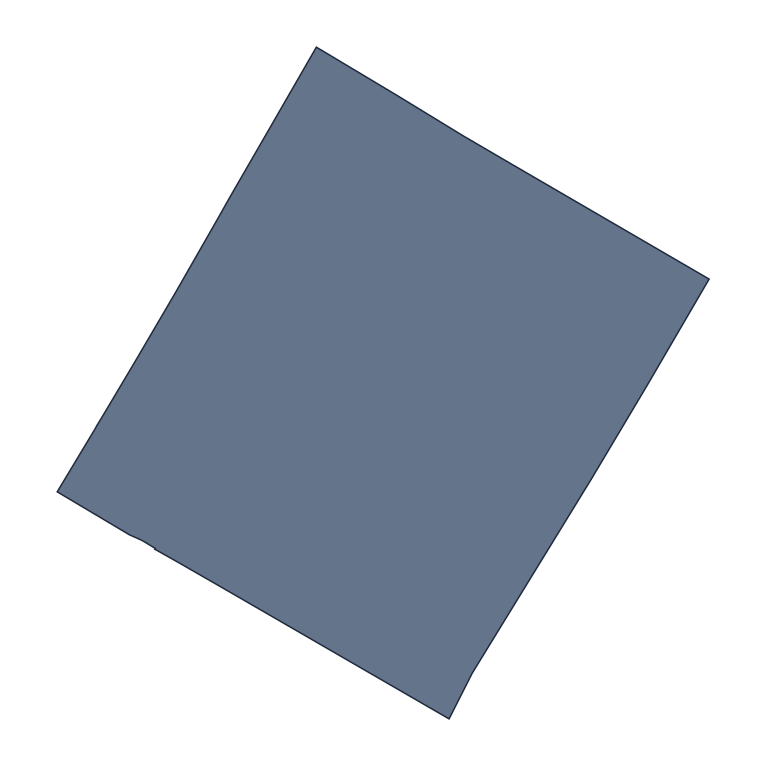 outline of Outagamie, Wisconsin, United States of America, rotated 120°
{"feature_id": "52423323B24599611590152", "entity_name": "Outagamie", "entity_type": "district", "adm_level": 2, "iso_a3": "USA", "parent_name": "United States of America", "parent_adm1": "Wisconsin", "projection": "orthographic", "projection_center": [-88.417, 44.416], "detail": "fine", "context": "isolated", "style": "filled", "palette": "slate", "viewbox_px": 768, "rotation_deg": 120, "n_neighbors": 0, "source": "geoboundaries", "source_scale": "gbopen_adm2", "svg_char_len": 507}
<svg xmlns="http://www.w3.org/2000/svg" viewBox="0 0 768 768"><g transform="rotate(120 384 384)"><path d="M126.1,611.0L215.0,610.9L297.6,610.9L328.3,610.6L408.9,610.3L411.3,610.3L441.8,610.5L488.9,610.8L550.2,611.6L563.8,611.9L567.7,611.8L640.8,613.1L641.9,529.1L640.5,515.7L640.6,506.8L640.8,499.9L641.7,499.9L641.4,474.8L641.3,416.6L641.5,160.2L590.3,163.0L362.6,156.9L252.9,155.4L130.6,154.9L129.8,384.0L129.5,439.9L127.6,515.5L126.1,611.0Z" fill="#64748b" stroke="#1e293b" stroke-width="1.5"/></g></svg>